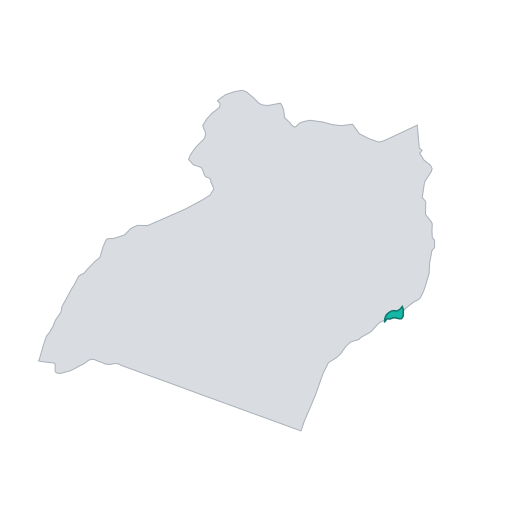 where Bukwa sits in Uganda, rotated 20°
{"feature_id": "UGA-3113", "entity_name": "Bukwa", "entity_type": "County", "adm_level": 1, "iso_a3": "UGA", "parent_name": "Uganda", "parent_adm1": "", "projection": "orthographic", "projection_center": [34.655, 1.256], "detail": "fine", "context": "in_parent", "style": "filled", "palette": "teal", "viewbox_px": 512, "rotation_deg": 20, "n_neighbors": 0, "source": "natural_earth", "source_scale": "10m", "svg_char_len": 2685}
<svg xmlns="http://www.w3.org/2000/svg" viewBox="0 0 512 512"><g transform="rotate(20 256 256)"><path d="M358.1,405.0L351.3,405.0L340.1,405.0L329.0,405.0L317.9,405.0L306.7,405.0L295.6,405.0L284.5,405.0L273.3,405.0L262.2,405.0L251.1,405.0L240.0,405.0L228.8,404.9L217.7,404.9L206.6,404.9L195.5,404.9L184.4,404.9L173.2,404.9L166.7,404.9L165.4,404.7L164.5,404.4L160.3,405.2L155.9,407.9L151.3,409.1L146.4,408.6L145.8,408.9L143.3,408.8L139.7,408.6L136.4,409.4L133.9,411.8L131.4,415.9L126.9,420.6L123.3,424.8L120.3,427.7L113.4,432.6L109.6,434.1L107.7,433.8L106.6,432.9L104.4,426.7L103.0,425.6L89.6,428.8L87.5,428.9L87.7,426.9L86.7,412.2L86.5,403.2L88.3,397.5L89.3,391.0L89.4,385.3L91.9,375.5L91.0,369.7L94.1,349.1L95.0,345.8L96.2,335.8L98.2,332.8L100.0,331.6L102.3,325.5L106.7,315.8L109.8,310.8L109.1,299.8L109.6,292.3L110.3,290.7L116.8,287.9L125.3,281.1L128.9,273.0L134.0,267.8L143.8,264.5L143.8,264.4L172.9,236.7L186.4,221.7L192.3,214.0L192.5,211.3L193.6,207.7L191.3,204.8L188.5,202.3L187.5,199.9L185.1,198.7L181.7,198.8L179.4,197.1L176.8,193.7L174.2,191.5L165.9,191.7L159.6,188.3L159.7,183.6L162.2,174.3L167.1,163.7L167.3,160.8L166.7,158.3L165.5,156.2L163.3,154.1L161.3,151.5L162.9,143.9L166.0,136.5L168.5,132.7L170.9,128.6L170.2,125.1L166.7,123.4L168.6,120.1L172.4,114.5L179.8,108.8L186.4,105.0L190.7,105.0L199.1,108.0L206.8,111.6L211.0,111.8L216.1,110.3L226.7,104.0L229.2,106.0L232.3,109.8L235.6,116.2L242.2,119.1L245.4,121.1L247.7,121.7L249.0,121.2L251.5,116.2L254.6,113.5L260.2,110.0L272.7,107.3L281.6,106.5L285.3,105.9L291.6,104.3L301.6,99.2L311.4,105.8L322.0,107.1L332.3,107.0L335.5,105.0L337.3,103.5L348.1,92.6L362.8,77.9L372.5,98.7L375.9,99.9L375.4,101.7L374.6,103.4L381.0,108.4L388.8,111.0L391.6,113.6L391.9,116.4L389.2,128.5L389.7,131.9L392.2,144.1L396.9,146.8L401.1,159.0L409.5,164.2L410.7,165.7L412.6,171.7L415.2,178.1L417.2,179.7L418.4,180.0L420.9,186.9L419.5,190.8L421.4,202.6L424.6,213.1L425.4,225.6L425.5,231.2L425.3,234.5L424.6,239.3L423.1,242.1L420.4,244.8L417.5,249.0L414.9,253.5L413.3,255.8L414.5,262.5L414.2,264.3L413.5,265.2L409.7,266.2L404.8,268.0L401.9,269.8L397.7,273.3L394.4,277.0L389.9,287.9L382.5,296.5L381.2,299.3L374.3,304.4L371.2,310.6L369.2,318.3L366.5,323.8L360.6,331.4L359.2,343.3L359.4,367.2L357.9,394.4L358.1,405.0Z" fill="#d9dde1" stroke="#a8b0b8" stroke-width="1"/><path d="M399.7,273.2L399.3,273.8L399.1,273.4L398.4,270.3L398.5,267.1L399.9,264.1L402.0,261.5L403.5,260.5L405.2,259.9L406.5,259.7L407.7,259.1L409.7,256.5L410.7,253.4L413.1,256.3L413.2,257.5L414.3,260.1L414.9,262.6L414.2,265.1L412.2,266.0L407.0,266.5L405.7,267.3L403.6,269.4L400.5,270.1L400.1,271.2L400.0,272.6L399.7,273.2Z" fill="#14b8a6" stroke="#0f766e" stroke-width="1.5"/></g></svg>